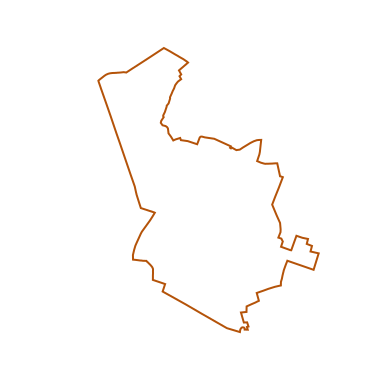 outline of Thanh Xuan, Ha Noi, Vietnam, rotated 236°
{"feature_id": "81297802B66022953489908", "entity_name": "Thanh Xuan", "entity_type": "district", "adm_level": 2, "iso_a3": "VNM", "parent_name": "Vietnam", "parent_adm1": "Ha Noi", "projection": "orthographic", "projection_center": [105.818, 20.995], "detail": "fine", "context": "isolated", "style": "outline", "palette": "amber", "viewbox_px": 384, "rotation_deg": 236, "n_neighbors": 0, "source": "geoboundaries", "source_scale": "gbopen_adm2", "svg_char_len": 3234}
<svg xmlns="http://www.w3.org/2000/svg" viewBox="0 0 384 384"><g transform="rotate(236 192 192)"><path d="M49.1,153.4L50.2,154.4L51.1,155.3L51.8,157.2L51.6,158.1L50.7,159.2L49.6,159.4L48.5,158.7L46.7,161.2L49.4,162.1L48.9,163.6L53.1,164.8L54.8,162.0L64.7,165.2L62.1,170.1L66.6,173.3L65.7,178.6L64.9,182.8L64.7,184.7L64.5,185.7L64.4,186.6L72.1,189.2L71.6,191.0L71.4,191.8L71.1,193.0L70.8,194.0L70.5,195.2L70.3,195.9L69.0,201.2L67.1,207.5L67.0,207.8L65.6,211.5L64.8,213.4L67.8,215.5L68.3,216.2L68.8,216.7L69.2,217.3L70.3,218.5L70.9,219.1L72.0,220.2L74.3,222.7L74.7,223.2L75.5,224.0L75.9,224.5L76.5,225.3L79.2,229.0L80.5,230.9L81.7,232.6L59.5,249.3L70.3,262.7L76.4,257.0L80.2,261.3L84.8,258.1L88.2,261.9L92.3,257.9L97.3,254.1L88.2,241.7L88.8,241.0L90.5,239.8L93.2,237.8L96.8,235.2L100.2,239.6L101.9,239.8L103.4,240.0L105.9,238.1L109.2,242.9L111.5,244.6L117.1,247.7L125.2,249.1L136.7,251.4L141.6,258.4L147.0,266.4L153.5,275.6L154.9,274.6L155.8,273.8L168.1,278.7L168.5,278.1L169.4,276.7L170.5,274.8L170.7,274.4L171.4,273.3L172.0,272.3L172.9,270.9L174.5,268.4L175.4,267.5L177.8,265.5L181.2,263.3L181.5,263.7L185.5,268.9L187.3,270.7L193.8,276.2L196.5,278.5L197.5,277.0L198.7,274.7L199.5,271.6L200.0,267.8L200.1,265.3L200.4,259.1L200.4,255.3L201.6,252.9L201.9,252.2L205.3,250.5L206.7,249.8L206.4,248.7L207.4,248.3L207.8,249.2L208.2,249.7L223.7,240.2L225.8,237.9L230.1,233.2L232.4,231.2L233.0,230.2L233.0,229.6L232.8,228.8L228.7,223.0L236.6,216.9L241.2,211.8L243.4,212.4L244.5,208.7L244.8,207.7L245.0,206.5L245.2,205.3L249.6,205.5L252.2,205.4L253.7,205.3L256.4,206.7L258.2,207.6L259.8,207.6L261.4,207.0L263.8,204.9L266.8,204.8L268.2,206.3L269.9,210.4L270.4,210.4L271.0,210.5L271.3,210.7L271.9,211.5L273.5,214.3L277.0,218.8L277.6,219.2L277.9,220.0L278.5,222.1L280.6,224.7L281.7,226.1L282.8,226.7L284.9,230.1L286.5,232.5L287.2,233.8L288.0,235.2L289.9,237.7L290.7,239.8L291.4,242.1L291.6,246.1L295.0,246.4L295.5,248.8L300.1,249.2L301.5,261.1L302.4,260.9L307.0,259.1L310.0,257.6L312.3,256.5L312.7,256.4L312.8,256.3L315.6,254.9L319.2,253.2L321.3,252.2L325.0,250.3L326.7,249.4L327.1,249.2L327.3,232.6L327.5,220.9L327.7,211.9L327.8,204.3L328.3,203.8L329.6,202.3L329.8,201.9L331.0,199.6L331.8,198.2L332.7,196.7L333.1,195.9L334.2,194.1L335.2,192.5L335.6,191.7L336.3,190.3L336.6,189.4L336.9,188.6L337.0,187.8L337.2,187.0L337.3,186.1L337.3,184.3L337.0,180.2L336.9,178.8L336.8,177.6L336.6,176.6L335.4,176.2L333.1,175.6L329.0,174.5L328.6,174.3L328.3,174.3L319.5,172.0L312.6,170.2L299.4,166.7L298.0,166.3L297.6,166.2L283.0,162.2L272.4,159.4L253.6,154.3L241.4,151.0L236.8,149.8L228.5,147.6L222.5,145.2L222.1,145.1L220.9,144.6L211.8,141.9L207.3,140.6L196.0,149.4L195.6,149.6L195.3,148.9L193.9,145.9L191.9,141.3L187.1,128.2L186.1,126.3L181.2,118.3L179.2,115.1L176.4,111.7L172.7,107.7L172.0,107.3L171.4,106.9L168.9,105.3L167.0,107.6L166.7,107.9L165.4,109.4L165.0,109.8L164.0,111.0L163.5,111.7L163.0,112.2L162.4,112.9L161.8,113.7L160.4,115.7L159.5,115.7L158.6,116.0L157.0,116.3L155.0,116.7L153.5,116.9L151.7,117.0L149.9,116.6L147.8,115.1L146.5,114.3L145.6,113.6L144.5,112.8L143.6,112.2L143.0,111.8L141.0,110.4L131.7,117.5L130.8,118.1L130.7,118.2L125.9,112.0L102.2,124.0L85.0,132.3L59.6,144.8L49.1,153.4Z" fill="none" stroke="#b45309" stroke-width="2"/></g></svg>